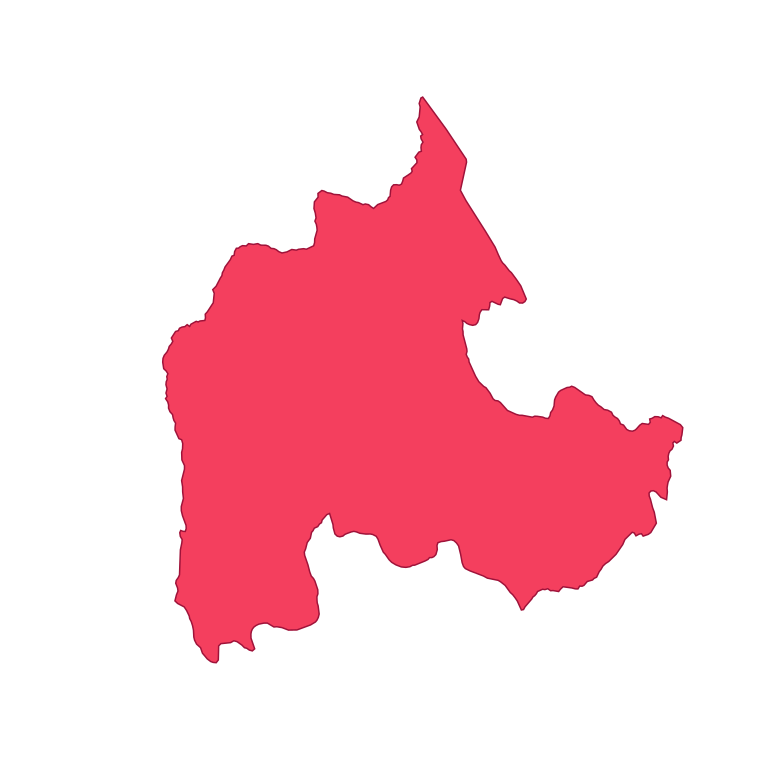 Sirisia, Western, Kenya (Equal Earth projection), rotated 161°
{"feature_id": "3690345B98600192059761", "entity_name": "Sirisia", "entity_type": "district", "adm_level": 2, "iso_a3": "KEN", "parent_name": "Kenya", "parent_adm1": "Western", "projection": "equal_earth", "projection_center": [34.469, 0.737], "detail": "fine", "context": "isolated", "style": "filled", "palette": "rose", "viewbox_px": 768, "rotation_deg": 161, "n_neighbors": 0, "source": "geoboundaries", "source_scale": "gbopen_adm2", "svg_char_len": 6159}
<svg xmlns="http://www.w3.org/2000/svg" viewBox="0 0 768 768"><g transform="rotate(161 384 384)"><path d="M466.4,560.8L469.3,559.4L472.8,560.9L475.4,560.6L477.4,559.8L479.4,560.4L482.1,557.9L483.8,554.5L486.2,554.4L488.8,551.6L496.2,546.4L498.3,543.9L500.6,541.8L502.0,539.2L504.2,537.5L510.9,531.1L515.2,529.0L515.0,525.0L519.0,516.4L527.6,509.7L530.3,508.2L531.3,504.6L532.7,502.4L537.5,503.5L539.5,503.2L541.2,504.4L547.1,503.4L549.0,501.7L550.8,504.2L553.6,503.1L556.5,503.6L559.2,503.3L561.1,501.4L564.0,501.5L570.1,496.7L569.8,493.1L572.2,491.0L574.8,489.5L576.6,487.0L578.8,484.9L582.4,482.7L584.6,480.2L586.1,476.8L587.3,470.2L585.7,467.1L585.0,464.1L587.0,461.7L587.4,459.1L589.2,457.0L590.4,454.3L590.7,450.0L593.1,446.4L593.1,442.9L595.3,441.3L594.3,437.6L594.5,434.3L595.6,431.3L595.4,427.5L593.9,423.9L594.4,420.7L594.5,417.9L593.8,414.9L595.5,411.4L596.6,408.4L595.7,399.1L593.5,397.2L593.7,393.2L595.6,388.3L597.6,385.2L599.8,378.0L599.2,371.8L600.4,368.4L606.8,358.6L607.9,352.4L609.5,347.5L610.9,341.1L615.6,334.1L616.9,330.2L617.4,325.0L617.2,314.7L618.1,311.7L619.9,309.3L622.1,310.2L623.9,311.7L625.5,309.9L626.2,306.2L625.5,302.6L626.9,299.6L630.5,293.5L639.5,270.1L641.5,268.0L644.4,265.9L645.8,263.4L645.6,258.3L646.2,255.3L648.9,252.2L652.3,247.0L650.6,243.7L645.5,238.3L644.4,234.1L643.7,228.1L644.1,225.4L643.6,222.2L643.7,217.8L644.3,213.3L646.2,206.6L646.5,203.4L645.9,199.1L643.3,194.4L643.3,188.6L640.6,181.6L638.2,178.0L636.2,176.4L633.4,175.1L630.5,177.0L625.6,190.2L622.8,191.6L613.2,189.4L609.6,190.1L606.8,188.2L603.4,183.5L601.8,180.1L599.8,178.8L598.0,176.3L595.4,174.5L592.5,175.7L592.5,187.0L591.2,191.0L589.9,193.3L588.3,195.1L586.2,196.5L583.7,197.3L580.6,197.7L575.3,197.0L572.1,195.9L567.2,190.1L564.4,189.4L559.8,186.9L554.4,182.4L546.4,179.8L531.9,180.1L526.3,181.3L524.3,182.5L522.1,184.7L520.2,187.6L518.5,195.7L518.4,198.8L517.7,201.5L516.7,204.7L514.8,207.1L513.6,211.0L513.5,220.2L514.0,223.1L515.3,226.1L515.4,230.4L514.8,237.7L514.8,247.8L514.1,251.0L511.8,253.6L508.2,259.1L503.9,262.1L500.8,267.3L498.9,268.4L496.8,270.4L493.1,270.7L490.6,272.6L488.3,273.2L486.8,275.5L480.6,279.1L477.6,279.3L478.0,267.7L478.8,264.4L479.2,258.2L477.8,255.4L475.5,253.9L472.3,253.6L470.1,254.5L468.1,254.7L463.2,254.8L460.5,254.5L458.3,253.2L455.4,250.7L450.2,248.1L445.7,246.6L443.7,245.4L440.9,242.5L440.2,239.2L440.1,232.9L439.4,225.2L438.2,222.5L436.4,216.2L434.8,212.9L431.6,209.1L427.2,205.4L423.0,203.5L418.9,202.8L416.0,203.3L413.9,202.7L402.7,203.3L399.5,203.8L397.5,205.0L395.2,204.3L393.1,204.5L390.5,205.8L387.5,210.1L386.5,214.0L384.7,216.4L381.3,216.4L378.1,215.7L371.3,214.9L368.9,213.2L367.2,210.1L366.2,206.6L367.0,198.0L368.3,189.6L368.2,185.5L367.2,183.0L363.4,179.2L352.5,170.1L349.5,166.8L340.0,161.2L338.3,159.2L335.0,154.1L332.5,145.8L330.9,142.9L329.7,139.4L328.6,135.4L327.7,125.6L325.5,125.3L323.2,127.4L314.3,132.6L312.6,134.1L310.4,134.8L308.2,136.1L306.4,137.8L300.9,138.3L298.8,137.2L295.8,137.1L293.8,134.3L291.5,133.7L286.4,130.9L284.0,132.5L280.7,134.0L272.8,130.0L269.8,128.0L267.3,127.1L264.8,129.2L262.5,128.3L260.5,128.5L256.1,131.1L250.6,130.8L248.7,131.8L245.9,132.1L241.7,136.4L239.0,138.2L236.3,140.6L232.9,142.1L229.3,143.0L220.1,147.4L210.5,154.5L206.8,158.6L197.6,163.0L195.9,161.7L195.2,158.4L191.7,159.0L189.3,158.6L188.5,155.8L183.1,155.8L180.1,156.7L171.8,163.7L170.2,174.8L170.3,179.5L169.6,188.3L169.7,191.7L168.9,194.6L166.6,195.9L164.0,195.4L161.9,193.3L159.1,186.8L154.5,182.6L151.2,189.7L150.2,193.5L148.7,196.4L147.3,198.8L142.9,203.5L141.5,209.2L142.6,212.0L142.7,215.1L141.7,218.0L139.7,219.7L138.9,223.0L137.3,225.7L135.3,227.7L133.0,228.5L130.5,231.1L130.1,234.2L128.2,235.2L126.4,232.8L121.5,234.1L120.5,236.6L118.9,238.9L115.7,245.5L117.0,249.1L126.1,259.0L128.8,261.1L130.8,263.4L133.0,261.8L135.5,263.8L138.6,265.0L141.6,264.3L144.2,264.4L144.7,261.1L147.0,259.7L152.7,262.6L155.6,261.8L160.0,259.3L161.8,258.6L164.5,258.5L167.4,260.0L169.3,262.0L170.9,267.2L173.4,269.3L173.5,272.4L174.4,275.3L176.5,277.8L177.7,279.9L178.1,283.3L181.0,286.4L184.2,288.2L186.3,291.8L188.2,294.1L189.6,297.1L190.7,300.4L191.5,304.3L193.9,306.5L197.1,308.1L204.8,318.7L207.3,320.8L209.5,320.5L212.1,321.1L219.1,320.4L221.6,319.5L226.0,315.7L227.9,313.4L230.4,307.8L233.2,304.5L235.7,302.8L237.4,299.9L239.8,297.9L242.4,299.0L244.7,301.0L249.9,303.7L252.1,304.5L254.5,304.3L263.5,309.4L266.1,310.3L269.0,312.3L275.9,318.8L280.0,328.6L281.7,330.9L284.4,332.3L285.7,334.5L286.7,340.7L288.8,347.3L290.5,349.2L293.6,355.3L294.9,361.5L296.4,377.0L295.8,380.0L296.5,382.6L296.6,385.3L294.9,387.8L294.3,390.3L293.2,404.7L292.2,407.9L291.9,410.5L289.7,415.4L289.3,418.6L287.2,416.5L286.0,414.4L283.9,412.4L281.0,410.6L278.0,410.3L275.5,411.7L273.0,414.8L271.3,418.4L269.9,420.4L267.3,422.4L260.9,420.1L258.7,423.3L257.3,426.5L255.0,427.0L250.1,422.2L248.2,421.1L244.0,426.2L241.6,426.9L236.9,423.4L233.8,421.5L231.4,419.2L229.5,416.5L226.5,415.4L223.9,416.1L221.8,418.0L222.7,432.2L224.9,440.2L227.3,447.8L228.7,450.3L231.0,457.0L232.4,459.8L233.1,462.5L233.8,468.9L234.4,477.3L238.4,495.5L246.8,530.7L248.7,542.3L233.7,566.9L233.1,569.8L242.3,604.8L254.0,642.7L256.0,642.4L259.4,637.8L259.6,634.2L263.8,625.0L267.7,621.1L267.7,613.2L266.8,610.5L266.3,607.3L268.6,606.5L269.1,603.8L268.4,600.0L270.9,598.0L272.1,595.4L272.9,591.9L275.6,591.9L280.8,588.3L280.0,585.2L280.8,582.5L287.9,578.7L288.1,575.9L290.0,574.6L298.5,572.4L300.3,569.7L302.4,567.3L304.8,567.0L307.3,568.4L310.1,569.2L312.6,567.9L314.6,565.2L317.2,559.4L319.0,558.8L320.6,556.9L322.8,556.0L331.5,555.7L336.7,553.4L338.5,555.7L340.2,558.6L343.1,560.3L345.5,560.4L349.0,563.8L351.3,565.1L353.6,567.2L357.5,572.5L362.5,575.4L364.5,577.4L369.7,579.6L372.2,581.7L375.3,583.3L377.8,585.9L379.8,587.2L384.4,585.7L385.5,582.1L390.5,578.9L393.1,572.7L393.3,568.0L394.2,563.1L396.3,560.5L396.0,557.0L396.5,553.8L397.2,551.1L402.3,543.7L403.6,540.3L405.5,537.6L413.5,536.7L415.9,538.1L421.0,539.2L423.3,539.1L427.4,541.2L432.7,540.5L437.8,541.1L440.3,543.3L442.1,546.0L444.0,547.8L446.6,549.0L448.4,552.0L450.4,553.6L455.3,555.4L457.6,557.8L462.0,558.5L466.4,560.8Z" fill="#f43f5e" stroke="#9f1239" stroke-width="1.5"/></g></svg>